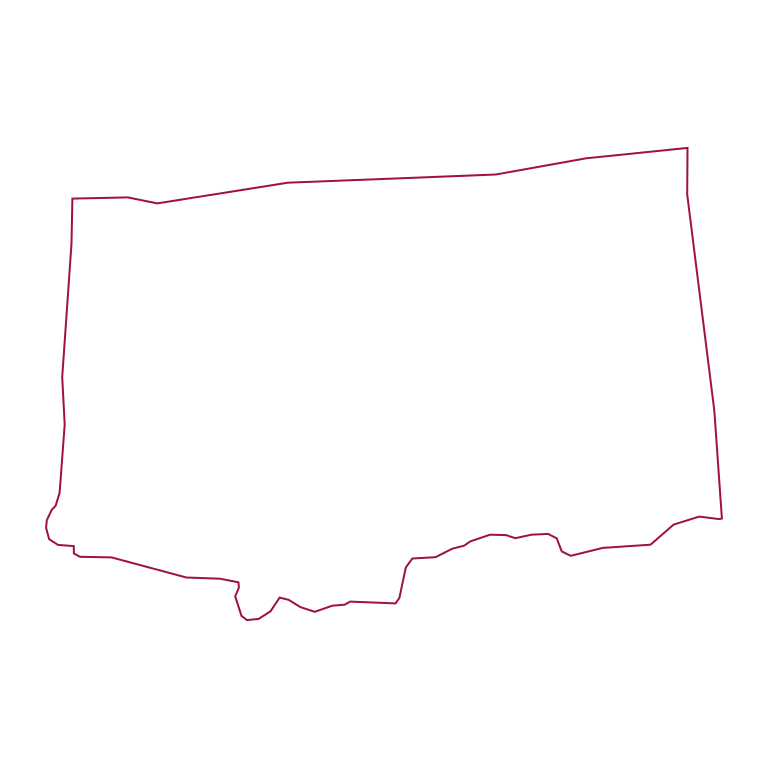 As Eyla, Dikhil, Djibouti (Albers equal-area conic projection)
{"feature_id": "41766387B73347270872705", "entity_name": "As Eyla", "entity_type": "district", "adm_level": 2, "iso_a3": "DJI", "parent_name": "Djibouti", "parent_adm1": "Dikhil", "projection": "albers", "projection_center": [42.017, 11.095], "detail": "fine", "context": "isolated", "style": "outline", "palette": "rose", "viewbox_px": 768, "rotation_deg": 0, "n_neighbors": 0, "source": "geoboundaries", "source_scale": "gbopen_adm2", "svg_char_len": 949}
<svg xmlns="http://www.w3.org/2000/svg" viewBox="0 0 768 768"><path d="M72.4,198.6L71.5,243.5L64.0,351.6L62.2,377.1L64.7,424.5L59.6,492.9L55.6,505.8L51.7,509.8L51.4,510.5L46.8,520.3L46.1,527.9L49.1,539.1L58.0,544.9L73.8,546.1L73.8,548.8L73.9,553.5L80.0,556.8L111.5,557.4L168.1,572.6L186.2,577.5L219.8,578.7L238.4,582.3L238.9,587.6L235.2,596.4L241.5,615.9L247.0,620.1L258.7,618.9L270.6,611.2L279.6,597.6L284.5,598.8L288.6,599.8L300.4,607.1L314.7,611.8L332.3,605.7L344.6,604.7L350.2,601.6L395.5,603.4L399.4,597.9L405.8,567.5L410.0,561.7L412.4,558.5L435.5,557.2L452.3,548.7L464.1,545.7L470.3,541.4L490.0,534.7L506.1,535.1L515.3,538.2L531.5,534.7L548.1,533.9L556.8,538.4L558.7,543.5L561.8,551.5L570.8,555.8L602.8,547.9L650.5,544.7L673.6,524.6L699.2,516.6L703.2,517.1L719.3,519.1L721.9,518.5L714.3,410.4L687.2,194.4L687.5,147.9L586.1,158.3L495.7,174.5L287.7,182.7L157.2,203.4L127.8,197.4L72.4,198.6Z" fill="none" stroke="#9f1239" stroke-width="2"/></svg>